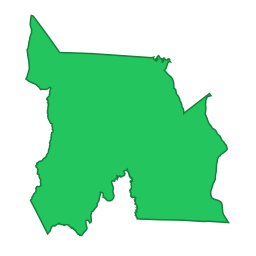 Ngabwe, Central, Zambia, rotated 182°
{"feature_id": "96606910B70902538429016", "entity_name": "Ngabwe", "entity_type": "district", "adm_level": 2, "iso_a3": "ZMB", "parent_name": "Zambia", "parent_adm1": "Central", "projection": "equal_earth", "projection_center": [27.56, -14.095], "detail": "fine", "context": "isolated", "style": "filled", "palette": "green", "viewbox_px": 256, "rotation_deg": 182, "n_neighbors": 0, "source": "geoboundaries", "source_scale": "gbopen_adm2", "svg_char_len": 5757}
<svg xmlns="http://www.w3.org/2000/svg" viewBox="0 0 256 256"><g transform="rotate(182 128 128)"><path d="M228.6,237.1L229.2,232.0L229.3,228.2L229.2,226.9L227.8,223.2L227.8,219.6L229.3,214.8L229.4,212.8L230.1,209.7L230.0,208.5L230.3,207.4L230.6,204.4L231.5,202.9L231.5,202.4L231.0,199.1L230.8,198.9L230.7,196.7L230.3,195.7L230.2,194.4L229.5,191.9L228.7,184.4L228.7,183.4L229.3,181.5L229.8,178.9L230.5,176.8L230.6,175.7L231.8,173.5L228.6,171.3L225.2,169.7L223.3,169.1L221.1,168.0L218.4,165.7L216.7,163.4L213.2,163.9L210.9,163.6L208.8,164.9L207.6,166.0L207.1,165.9L206.5,165.4L206.7,164.2L207.0,163.8L207.1,162.6L207.6,161.1L207.3,160.0L207.8,159.0L207.8,158.5L207.5,158.3L207.6,157.4L209.7,155.4L210.3,154.2L210.1,153.7L209.6,154.1L209.3,154.0L209.2,152.7L208.5,151.8L209.3,150.5L207.9,149.2L208.7,148.2L208.2,147.0L208.7,146.4L208.7,144.0L209.1,142.2L208.8,141.0L209.1,140.1L208.3,138.8L208.7,137.1L208.3,136.1L208.2,135.1L205.4,129.9L203.6,129.3L204.1,127.5L203.4,125.7L203.6,124.3L202.6,122.6L202.7,121.8L203.0,121.3L204.1,120.7L204.0,119.9L204.5,118.7L204.3,117.4L204.7,116.0L204.3,115.4L204.5,113.9L205.3,112.4L205.4,111.6L205.9,110.3L205.7,109.9L205.4,107.9L205.8,107.3L205.8,105.4L206.5,103.8L206.5,103.0L206.7,102.7L206.6,101.7L207.1,100.0L208.2,98.7L208.6,97.5L208.5,96.7L209.8,95.5L211.4,94.5L211.6,93.9L212.3,93.3L212.6,92.3L215.1,91.7L215.7,91.4L217.0,90.1L217.6,90.0L218.0,89.3L217.7,89.0L217.9,88.1L218.7,87.3L218.5,85.8L217.5,85.2L217.0,84.4L216.9,83.4L216.5,83.1L216.6,82.1L216.9,81.8L216.8,80.2L217.1,79.2L216.7,78.7L215.7,78.7L215.3,78.3L215.2,76.9L214.9,76.1L214.8,75.2L213.9,73.9L213.5,73.0L213.5,72.0L213.8,71.0L213.5,70.4L213.1,68.0L212.8,67.6L214.7,66.4L215.5,66.2L216.4,66.5L217.2,66.0L218.0,64.3L217.6,62.8L217.7,61.3L219.0,59.5L220.0,58.6L220.8,56.3L221.5,55.5L221.7,53.6L222.5,53.0L222.9,52.2L217.7,43.2L204.6,19.4L202.3,22.3L201.4,25.2L200.5,26.9L199.7,27.4L199.4,28.0L198.6,27.6L197.6,27.5L195.6,29.2L194.9,29.6L194.0,29.6L193.6,30.6L192.3,29.4L190.6,29.1L188.8,29.2L188.7,28.6L188.4,28.4L187.7,28.6L187.4,29.1L186.8,29.3L183.7,28.9L183.4,28.0L183.0,27.6L181.9,26.9L181.3,26.9L181.4,26.7L181.2,26.6L181.2,26.0L180.9,25.9L180.8,26.2L180.2,25.9L180.1,26.1L179.6,26.3L178.9,24.8L177.4,24.3L177.3,24.1L177.4,23.8L176.4,23.2L175.9,22.0L174.4,20.6L174.1,20.0L173.3,19.9L172.7,19.6L172.5,19.0L172.1,18.9L170.9,19.1L170.1,19.5L168.8,21.7L166.3,24.6L165.5,25.8L165.6,27.4L166.2,29.1L166.8,31.9L166.9,33.5L166.7,34.2L166.4,34.4L164.6,34.4L162.8,31.8L162.3,32.4L161.6,32.8L161.4,34.2L162.1,39.6L161.5,41.5L161.5,42.4L161.3,43.0L160.3,43.5L156.3,48.7L156.1,50.6L156.2,51.5L154.7,53.9L154.3,55.7L154.1,57.7L153.2,61.1L153.5,62.8L153.1,62.9L151.5,62.3L150.6,61.7L150.3,60.2L150.6,58.8L150.5,58.1L150.1,57.7L149.1,57.8L148.5,56.8L147.4,56.1L146.1,54.7L143.3,54.6L141.6,55.4L140.0,57.5L139.6,60.1L140.6,62.7L140.9,64.6L140.5,67.2L140.8,68.7L142.5,72.8L142.1,74.4L141.8,74.8L141.4,74.9L140.0,74.3L139.6,74.3L139.3,74.8L139.2,75.8L138.9,76.7L138.5,77.0L137.8,76.9L137.0,76.3L136.7,77.7L137.6,79.1L137.7,79.6L137.5,80.0L136.6,79.4L136.5,78.2L136.3,78.1L135.7,79.3L134.7,79.9L134.2,79.7L134.0,78.8L132.7,78.9L131.5,79.9L130.5,80.1L129.8,80.8L129.5,82.3L129.7,82.9L130.2,83.5L130.5,84.8L129.8,85.3L129.1,85.3L128.1,85.8L127.4,87.0L127.0,86.2L127.3,85.2L127.1,84.8L126.6,84.3L126.4,84.5L125.7,83.7L125.8,83.1L125.3,82.2L125.5,81.9L125.4,81.6L125.2,81.0L124.8,81.0L124.9,79.8L124.4,79.2L124.2,79.3L124.2,78.8L123.9,78.2L123.5,78.1L123.4,78.6L122.9,78.7L122.7,77.9L121.7,77.1L122.0,76.3L121.8,75.2L122.2,75.2L122.4,75.7L122.7,74.4L123.2,74.0L123.5,74.4L123.7,75.1L123.9,75.0L123.8,73.9L123.2,73.6L122.7,73.0L122.9,71.6L122.6,70.7L122.4,68.9L122.8,67.6L122.5,66.8L123.0,66.3L123.5,66.4L124.0,65.5L123.7,65.1L123.5,63.6L123.0,63.5L122.5,62.3L122.8,61.5L122.8,59.8L122.1,59.2L121.8,59.5L121.6,59.0L120.8,58.6L120.4,59.2L119.4,59.3L119.3,58.4L119.2,58.8L118.3,58.8L117.8,58.2L117.8,57.9L118.6,57.2L118.6,56.7L119.1,56.4L118.9,56.1L118.2,55.9L118.6,55.0L118.0,54.4L117.8,53.5L118.3,52.9L118.2,52.1L117.6,52.1L116.2,50.6L116.1,50.0L116.4,49.5L116.1,49.6L116.2,49.1L115.7,48.2L115.9,47.6L116.1,47.6L116.5,47.1L116.6,46.4L116.9,46.7L117.1,46.3L116.9,45.8L117.0,45.0L116.5,44.6L117.2,44.5L118.0,43.6L117.4,42.4L117.4,41.7L117.1,41.5L117.5,41.0L116.8,40.6L116.6,39.5L115.6,38.8L115.7,37.5L94.8,37.4L70.0,37.8L49.3,37.2L44.1,37.6L24.2,37.0L29.5,44.7L30.3,46.7L31.4,55.1L31.8,56.2L33.2,57.7L35.1,58.7L39.0,59.8L41.5,60.9L42.8,63.5L43.2,67.2L41.7,72.2L40.9,75.8L40.2,76.6L39.9,77.7L39.0,79.6L38.9,84.5L38.4,86.9L38.2,95.3L37.7,97.1L37.6,99.2L37.0,101.3L36.2,102.6L35.2,103.3L34.0,104.8L29.2,108.7L28.2,110.2L28.2,111.1L29.4,114.4L30.8,115.8L31.6,117.2L33.4,118.6L35.8,123.1L38.2,125.0L39.0,126.1L39.7,127.7L40.7,129.0L43.7,130.8L45.5,133.5L47.5,135.6L49.6,141.0L50.9,143.8L51.4,145.4L51.0,147.2L50.9,150.3L50.9,151.7L51.3,153.3L51.2,158.3L50.3,160.7L50.1,161.8L46.2,163.2L47.9,165.2L72.8,144.6L72.9,147.0L73.3,148.5L73.7,149.6L74.7,150.7L75.1,153.3L76.4,156.2L77.1,157.2L77.6,159.4L79.2,162.1L80.7,163.5L81.7,168.0L82.7,168.9L83.6,169.3L83.6,171.7L84.1,175.7L85.3,178.6L86.9,180.7L89.3,182.4L93.7,187.0L92.5,188.1L92.1,188.8L90.5,194.5L89.0,195.8L88.0,195.6L88.8,196.6L88.7,197.8L89.3,198.4L90.3,198.5L91.0,197.3L91.9,197.1L93.3,197.8L94.0,199.1L94.6,199.2L95.0,198.6L95.0,195.5L95.7,194.8L96.2,195.2L96.0,197.0L96.4,198.2L96.8,198.6L97.4,198.3L98.1,198.4L98.4,199.2L99.3,200.7L100.1,201.4L101.4,199.8L101.7,198.9L101.5,198.2L100.7,197.4L101.1,197.1L101.5,196.1L102.2,195.8L102.8,196.1L102.7,197.6L102.9,198.0L104.0,197.3L104.7,197.5L105.1,199.3L104.9,199.7L106.4,199.2L107.5,199.1L167.3,201.1L164.3,201.1L167.3,201.1L176.4,201.1L186.7,201.1L198.9,201.0L212.3,218.6L226.4,236.2L227.2,236.8L228.6,237.1Z" fill="#22c55e" stroke="#15803d" stroke-width="1.5"/></g></svg>